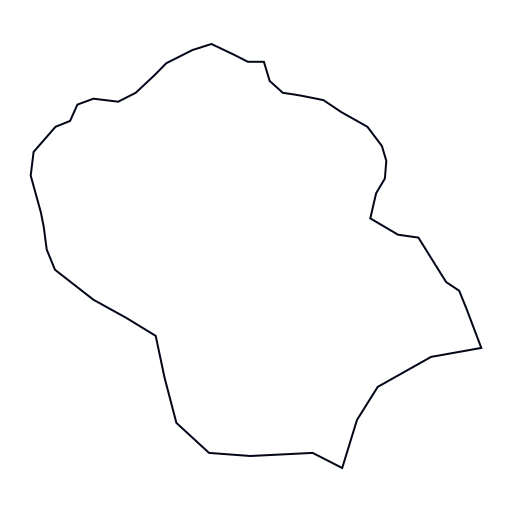 Fota, Cyprus (Natural Earth projection)
{"feature_id": "46923920B41218230383335", "entity_name": "Fota", "entity_type": "district", "adm_level": 2, "iso_a3": "CYP", "parent_name": "Cyprus", "parent_adm1": "", "projection": "natural_earth1", "projection_center": [33.224, 35.255], "detail": "fine", "context": "isolated", "style": "outline", "palette": "ink", "viewbox_px": 512, "rotation_deg": 0, "n_neighbors": 0, "source": "geoboundaries", "source_scale": "gbopen_adm2", "svg_char_len": 726}
<svg xmlns="http://www.w3.org/2000/svg" viewBox="0 0 512 512"><path d="M466.5,308.8L459.2,290.8L446.1,282.0L435.9,265.7L418.4,237.6L398.0,234.7L370.3,218.4L376.1,193.3L384.9,178.5L386.3,160.8L381.9,146.0L367.4,126.8L341.1,112.0L323.6,100.2L316.4,98.7L301.8,95.8L293.0,94.3L282.8,92.8L269.7,81.0L263.9,61.8L247.9,61.8L233.3,54.4L211.4,44.0L192.5,50.0L166.3,63.2L154.6,75.1L135.7,92.8L118.2,101.7L93.4,98.7L77.4,104.6L70.1,120.9L55.5,126.8L33.6,151.9L30.7,175.6L40.9,212.5L43.8,227.3L46.7,249.5L55.0,269.8L93.5,299.8L126.1,317.8L155.7,335.9L164.6,377.9L176.4,422.9L209.0,452.9L250.4,456.0L312.6,452.9L342.2,468.0L357.0,419.9L377.7,386.9L431.0,356.9L481.3,347.9L466.5,308.8Z" fill="none" stroke="#020617" stroke-width="2"/></svg>